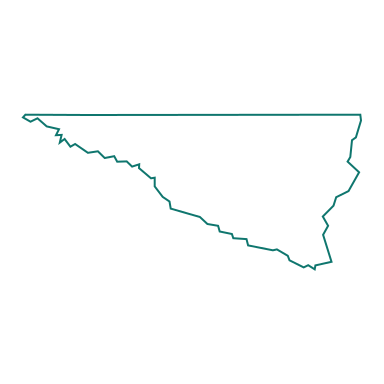 Nicollet, Minnesota, United States of America (Equal Earth projection)
{"feature_id": "52423323B99452137700358", "entity_name": "Nicollet", "entity_type": "district", "adm_level": 2, "iso_a3": "USA", "parent_name": "United States of America", "parent_adm1": "Minnesota", "projection": "equal_earth", "projection_center": [-94.326, 44.306], "detail": "fine", "context": "isolated", "style": "outline", "palette": "teal", "viewbox_px": 384, "rotation_deg": 0, "n_neighbors": 0, "source": "geoboundaries", "source_scale": "gbopen_adm2", "svg_char_len": 832}
<svg xmlns="http://www.w3.org/2000/svg" viewBox="0 0 384 384"><path d="M360.3,114.7L86.9,115.0L25.4,114.7L23.0,117.4L30.5,121.7L37.5,118.3L46.7,126.4L59.0,129.2L56.0,135.2L61.6,134.9L59.8,142.6L64.6,139.0L70.4,146.7L75.1,144.0L87.9,152.8L97.9,151.3L104.7,158.0L114.2,156.2L117.2,161.7L126.7,161.4L132.1,166.6L139.2,164.3L139.0,168.1L151.0,178.3L154.7,177.7L154.7,186.4L162.7,196.9L169.5,201.5L170.7,208.6L186.3,213.1L199.9,217.0L207.4,224.0L218.1,225.8L219.7,231.5L231.9,234.0L233.3,238.2L246.5,239.1L248.1,245.4L272.9,250.3L276.9,249.4L287.8,255.8L289.5,260.3L303.7,267.4L308.2,265.2L314.7,269.3L315.4,265.4L331.5,261.8L323.1,234.8L328.1,225.8L322.8,216.5L333.5,205.7L336.2,197.2L348.5,191.1L359.1,172.3L347.6,161.6L350.3,157.0L352.0,140.2L355.9,137.4L361.0,120.5L360.3,114.7Z" fill="none" stroke="#0f766e" stroke-width="2"/></svg>